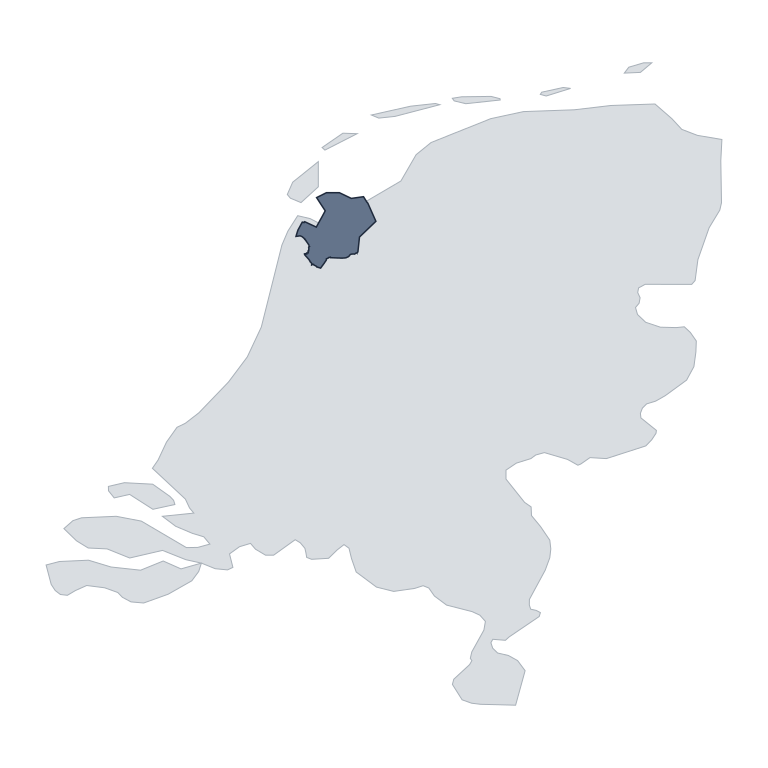 location of Hollands Kroon, Noord-Holland, Netherlands
{"feature_id": "6326949B67120856251926", "entity_name": "Hollands Kroon", "entity_type": "district", "adm_level": 2, "iso_a3": "NLD", "parent_name": "Netherlands", "parent_adm1": "Noord-Holland", "projection": "robinson", "projection_center": [4.878, 52.876], "detail": "fine", "context": "in_parent", "style": "filled", "palette": "slate", "viewbox_px": 768, "rotation_deg": 0, "n_neighbors": 0, "source": "geoboundaries", "source_scale": "gbopen_adm2", "svg_char_len": 6616}
<svg xmlns="http://www.w3.org/2000/svg" viewBox="0 0 768 768"><path d="M515.6,705.2L497.5,704.7L480.6,704.3L471.6,703.2L462.1,699.8L457.7,692.8L452.4,684.4L453.8,679.2L469.6,664.6L471.9,660.6L470.3,658.4L471.8,651.9L483.9,630.1L485.4,621.4L479.9,615.2L472.1,611.6L446.6,605.1L434.4,596.0L428.8,588.0L423.1,585.7L414.7,588.4L393.7,591.4L376.5,587.1L356.2,572.0L351.5,558.5L349.0,548.2L344.0,544.6L337.2,549.9L328.6,558.3L311.6,559.3L306.7,557.4L305.9,552.7L304.9,548.3L300.3,542.8L295.2,539.7L273.6,555.2L265.6,555.2L255.5,549.2L250.5,543.4L239.5,546.7L229.5,553.9L232.9,567.4L227.5,569.9L215.2,568.7L201.4,563.1L185.9,559.7L162.5,550.4L129.7,558.0L107.1,548.9L88.2,548.0L76.5,540.8L63.9,528.6L73.0,520.6L81.6,517.8L116.2,516.3L141.3,521.1L186.4,547.6L197.8,547.4L209.9,544.1L203.8,536.8L192.5,533.4L175.7,526.3L162.4,516.3L193.8,513.1L189.5,507.9L185.4,499.1L152.4,468.3L158.1,460.0L166.5,442.1L177.0,427.3L185.3,423.3L198.9,412.8L228.5,382.0L247.3,356.9L261.3,327.1L281.9,245.1L287.9,231.1L297.7,215.7L310.1,218.6L318.6,223.0L349.0,211.4L400.9,181.0L416.1,154.7L431.1,142.5L490.6,118.7L523.5,111.6L574.2,109.8L610.9,105.5L655.0,104.0L671.9,118.7L681.8,129.4L697.5,135.4L721.9,139.5L720.8,160.7L721.5,202.7L719.8,210.1L709.1,227.8L697.9,259.6L695.1,280.5L691.7,284.4L645.2,284.3L638.6,287.9L637.7,292.5L640.1,297.8L639.1,303.2L635.5,307.5L637.5,314.5L645.7,322.3L660.4,327.2L676.2,327.6L684.3,326.8L690.3,332.4L696.3,341.0L695.9,351.9L693.9,366.6L686.6,380.1L665.2,395.7L655.7,401.1L646.6,403.9L642.4,408.1L640.4,413.3L640.9,417.9L656.4,430.4L656.0,433.3L651.7,439.8L645.8,445.9L606.4,458.6L590.0,457.6L580.8,464.0L577.9,465.2L567.5,459.4L544.4,452.6L535.7,455.0L530.9,458.6L516.4,463.1L506.0,470.1L506.0,479.1L524.6,502.4L531.1,506.9L531.5,515.6L540.5,526.5L549.8,540.2L550.8,548.9L549.8,557.7L545.2,570.2L529.4,599.4L529.3,605.0L530.7,609.2L536.2,610.4L540.4,612.6L539.2,616.5L509.3,636.8L505.4,640.3L492.8,639.3L490.9,642.7L492.7,648.2L497.6,653.0L508.4,655.5L517.6,660.6L525.1,670.7L515.6,705.2ZM201.4,563.1L198.7,571.5L191.8,580.8L168.2,594.2L143.7,603.0L131.0,601.9L122.4,597.3L117.8,592.5L104.7,587.8L86.7,585.5L75.5,590.5L67.4,595.3L60.4,594.5L55.2,590.5L51.2,584.4L46.1,565.0L59.5,561.5L88.5,560.2L111.0,567.0L140.6,570.2L163.2,561.0L181.0,568.9L201.4,563.1ZM152.7,484.2L169.9,496.4L173.6,500.3L174.9,504.5L152.9,509.3L129.6,494.4L114.2,497.9L108.5,490.8L108.4,486.4L124.4,482.7L152.7,484.2ZM318.3,186.8L301.0,202.6L290.4,198.2L287.3,194.5L292.7,182.2L318.3,161.6L318.3,186.8ZM395.0,116.4L378.8,118.1L371.4,115.0L410.6,106.2L435.4,103.5L439.8,104.7L395.0,116.4ZM500.2,100.0L465.8,103.7L454.2,100.9L452.3,98.3L461.6,96.8L491.0,96.4L500.0,98.7L500.2,100.0ZM357.1,133.7L324.9,150.1L322.1,147.5L342.9,133.2L357.1,133.7ZM640.4,72.4L624.3,73.1L628.8,67.2L643.7,62.8L651.8,62.8L640.4,72.4ZM570.6,88.4L546.2,96.0L540.3,94.4L541.7,92.2L563.2,87.5L570.6,88.4Z" fill="#d9dde1" stroke="#a8b0b8" stroke-width="1"/><path d="M363.5,196.7L351.3,198.4L339.4,192.7L326.4,192.7L316.6,197.6L320.8,204.1L325.2,210.8L324.7,211.8L322.0,216.8L316.3,227.1L304.7,221.7L304.0,222.6L303.5,222.3L303.4,222.4L303.1,222.3L302.9,222.3L302.9,222.2L302.7,222.2L302.3,222.1L301.9,222.8L301.5,223.6L301.2,224.0L301.0,224.4L300.8,224.8L300.6,225.1L300.4,225.6L299.4,227.4L298.8,228.5L298.0,229.9L297.8,230.7L297.6,231.0L297.4,231.8L297.3,232.0L297.1,232.6L297.1,232.9L296.7,234.0L296.5,234.6L296.4,235.0L296.0,236.4L299.0,236.0L300.1,235.8L302.2,236.7L303.1,237.5L303.3,237.6L303.5,237.9L303.8,238.1L304.9,239.0L305.0,239.2L305.0,239.3L305.1,239.5L305.5,240.0L305.4,240.0L305.5,240.1L306.6,241.7L306.7,241.8L307.4,242.8L307.9,243.5L308.3,244.2L308.5,244.4L308.7,244.8L309.0,245.2L309.2,245.5L309.3,245.5L309.2,245.5L309.1,246.1L309.0,246.4L309.0,246.6L308.9,246.8L309.0,246.8L308.9,246.9L308.9,247.0L308.9,247.3L308.8,247.5L308.8,248.1L308.8,248.4L308.8,248.7L308.8,249.0L308.7,249.4L308.7,249.5L308.7,249.8L308.7,250.0L308.7,250.4L308.7,250.5L308.7,250.8L308.4,250.9L308.1,250.9L308.0,251.0L308.0,251.3L308.1,251.5L308.1,251.8L308.1,252.0L308.2,252.3L308.3,252.5L308.3,252.8L308.2,252.8L307.7,252.9L307.4,252.9L307.2,252.9L307.1,253.0L306.9,253.0L306.7,253.0L306.7,253.3L306.8,253.4L306.8,254.0L306.5,254.0L306.4,254.0L306.0,254.0L306.0,253.9L305.8,253.8L305.6,253.7L305.4,253.7L305.2,253.7L304.9,253.8L304.7,253.8L304.4,253.9L304.4,254.0L304.5,254.2L304.6,254.4L304.7,254.6L304.8,254.8L304.9,255.0L305.0,255.2L305.2,255.3L305.4,255.5L305.5,255.7L305.6,255.8L305.8,256.1L306.9,257.2L307.2,257.6L308.1,258.6L308.5,259.0L308.7,259.3L308.8,259.4L309.0,259.6L309.3,260.1L309.4,260.3L309.5,260.3L309.7,260.7L309.7,260.8L309.8,260.9L309.9,261.2L310.0,261.3L310.1,261.6L310.2,261.9L310.6,262.1L310.9,262.3L311.0,262.4L311.0,262.6L311.2,262.8L311.3,263.0L311.5,263.3L311.7,263.5L311.8,263.8L312.0,263.9L311.9,264.0L311.7,264.3L311.7,264.5L311.6,264.8L311.6,265.0L312.0,264.8L312.2,264.6L312.3,264.6L312.5,264.5L313.4,264.4L313.4,264.5L313.5,264.5L313.7,264.8L313.8,264.8L313.9,265.0L314.5,265.3L314.8,265.5L315.4,265.7L315.6,265.8L315.8,265.9L315.8,266.0L316.1,266.2L316.4,266.4L316.6,266.6L316.7,266.9L316.8,266.9L316.9,267.0L317.2,267.0L317.7,267.2L317.8,267.3L318.0,267.4L318.3,267.4L318.8,267.6L319.0,267.6L319.6,267.8L320.1,268.0L320.3,268.0L320.6,268.1L320.7,267.8L321.3,267.2L321.6,266.8L321.7,266.7L321.8,266.4L322.0,266.2L322.3,265.8L322.5,265.5L322.8,265.2L323.3,264.4L323.8,263.8L324.3,263.1L324.5,262.7L325.0,262.0L325.1,261.9L325.2,261.7L325.3,261.6L325.4,261.4L325.5,261.3L325.6,261.1L325.8,260.9L325.9,260.7L326.0,260.5L326.2,260.3L326.2,260.2L326.3,259.9L326.3,259.5L326.4,259.3L326.4,259.0L326.4,258.9L326.5,258.8L326.5,258.7L327.3,258.5L327.5,258.4L327.8,258.3L328.3,258.0L328.5,257.8L328.5,257.6L328.8,257.5L329.2,257.5L329.5,257.4L329.8,257.3L330.3,257.2L330.3,257.3L330.4,257.5L330.5,257.7L330.9,257.7L331.0,257.7L336.0,257.9L337.8,258.0L338.3,258.0L338.7,258.0L339.4,258.0L340.5,258.1L342.1,258.1L342.4,258.1L342.8,258.1L343.6,258.0L344.1,258.0L344.4,258.0L344.6,257.9L344.9,257.9L345.2,257.9L345.3,257.9L345.6,257.8L346.2,257.7L346.3,257.7L346.8,257.4L347.0,257.3L347.5,257.1L348.0,256.9L348.2,256.7L348.4,256.7L348.5,256.6L349.1,256.0L349.3,255.9L349.5,255.7L349.9,255.0L350.1,254.7L350.3,254.5L350.5,254.4L350.9,254.3L351.2,254.2L351.6,254.1L352.2,254.1L352.6,254.0L352.9,254.0L353.7,254.0L354.0,254.1L354.4,254.1L354.6,254.1L354.8,254.0L355.2,253.7L355.3,253.6L355.5,253.5L355.6,253.4L355.8,253.2L356.1,253.1L356.3,253.0L356.5,253.0L356.8,252.9L356.9,253.0L356.9,252.9L357.9,251.9L359.5,237.0L363.7,233.0L375.9,221.3L371.0,210.3L367.8,203.1L367.0,202.3L363.5,196.7Z" fill="#64748b" stroke="#1e293b" stroke-width="1.5"/></svg>